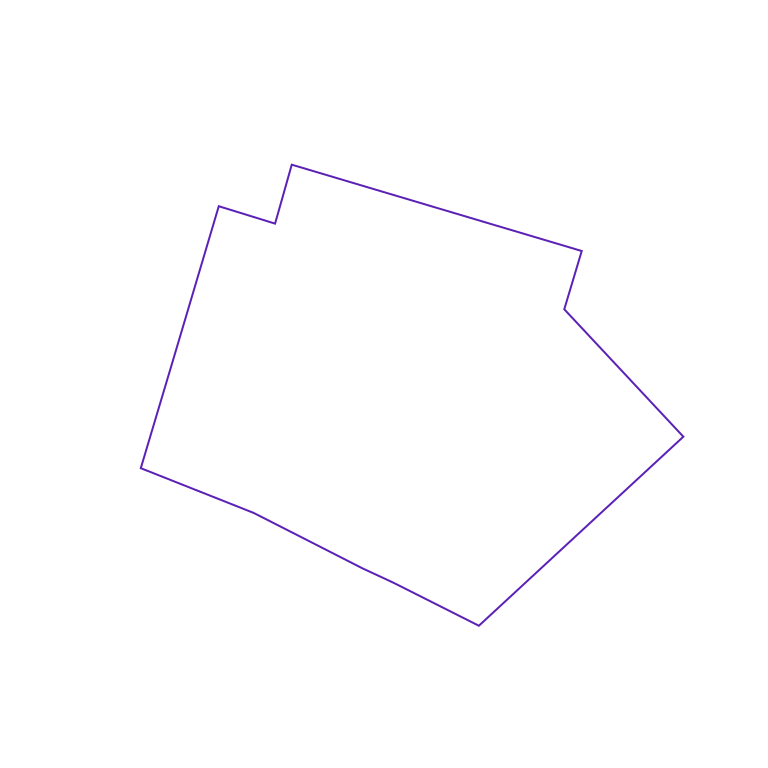 the district of Erath, Texas, United States of America, rotated 137°
{"feature_id": "52423323B59070350705897", "entity_name": "Erath", "entity_type": "district", "adm_level": 2, "iso_a3": "USA", "parent_name": "United States of America", "parent_adm1": "Texas", "projection": "robinson", "projection_center": [-98.148, 32.215], "detail": "fine", "context": "isolated", "style": "outline", "palette": "violet", "viewbox_px": 768, "rotation_deg": 137, "n_neighbors": 0, "source": "geoboundaries", "source_scale": "gbopen_adm2", "svg_char_len": 358}
<svg xmlns="http://www.w3.org/2000/svg" viewBox="0 0 768 768"><g transform="rotate(137 384 384)"><path d="M522.9,544.8L619.3,488.3L567.3,378.7L563.8,369.2L560.6,360.4L525.6,264.2L512.4,231.6L479.5,142.5L201.0,141.3L201.2,315.7L148.7,346.4L301.9,607.3L340.5,583.9L354.3,575.6L383.6,626.7L522.9,544.8Z" fill="none" stroke="#5b21b6" stroke-width="2"/></g></svg>